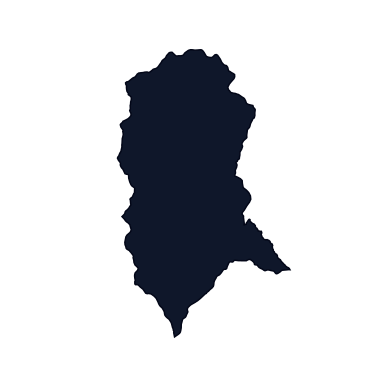 Sama, Ha, Bhutan, rotated 45°
{"feature_id": "84629894B76419626659945", "entity_name": "Sama", "entity_type": "district", "adm_level": 2, "iso_a3": "BTN", "parent_name": "Bhutan", "parent_adm1": "Ha", "projection": "natural_earth1", "projection_center": [89.274, 27.297], "detail": "fine", "context": "isolated", "style": "filled", "palette": "ink", "viewbox_px": 384, "rotation_deg": 45, "n_neighbors": 0, "source": "geoboundaries", "source_scale": "gbopen_adm2", "svg_char_len": 6022}
<svg xmlns="http://www.w3.org/2000/svg" viewBox="0 0 384 384"><g transform="rotate(45 192 192)"><path d="M67.8,161.7L68.7,162.5L70.6,163.2L71.6,164.3L73.1,165.6L74.9,166.8L77.7,167.4L78.1,168.2L80.5,167.8L81.6,167.9L82.5,168.3L83.9,169.8L84.9,171.6L86.4,173.3L87.1,174.5L89.7,176.9L90.3,178.4L91.7,179.1L92.8,179.3L94.4,180.6L94.7,180.9L95.1,183.0L95.0,185.4L94.2,188.1L93.2,190.9L93.6,191.6L93.5,194.5L93.8,195.2L96.0,196.4L99.6,197.0L100.3,198.2L101.3,198.8L102.7,199.9L103.8,201.5L104.9,203.5L108.2,207.1L109.1,208.3L110.6,209.7L112.1,212.1L113.0,213.4L113.5,215.5L114.1,217.0L114.6,217.9L114.9,219.9L115.4,220.8L117.7,221.6L120.3,221.9L121.3,222.4L122.1,223.5L122.9,224.0L125.0,224.7L126.9,224.7L131.7,226.4L133.2,225.7L134.1,224.9L135.2,224.9L137.5,227.0L140.9,228.9L143.8,230.0L145.6,230.2L147.5,229.8L148.8,229.8L149.8,231.0L151.0,232.3L151.8,232.9L151.9,234.0L153.4,237.8L153.1,239.1L153.2,240.9L154.2,241.4L156.6,243.4L157.9,244.3L158.3,246.4L158.8,248.3L158.8,250.7L158.6,252.3L158.8,253.3L159.8,254.9L159.9,256.3L159.9,258.9L163.2,259.0L165.4,259.4L167.3,259.3L168.7,259.0L171.2,259.1L172.9,260.1L175.7,261.6L176.4,263.0L176.8,264.4L176.5,268.4L177.0,270.5L180.1,275.1L181.0,275.8L181.9,276.6L183.6,277.3L185.4,278.4L186.6,278.4L189.1,277.7L190.3,277.9L191.5,277.9L194.9,278.4L195.9,278.7L196.8,280.1L198.9,281.3L200.9,282.9L203.5,283.9L204.4,283.8L207.5,283.8L208.2,284.4L208.9,285.8L209.0,289.3L209.8,290.8L210.7,291.9L212.3,293.2L214.5,294.7L214.8,295.6L216.1,297.0L216.9,297.5L217.5,297.5L218.6,296.4L219.8,295.7L222.3,295.8L226.1,295.4L228.8,295.9L230.8,296.3L232.2,295.6L233.1,294.4L235.2,293.0L239.0,292.4L241.9,292.5L245.5,293.7L247.6,294.6L249.4,295.1L250.6,295.2L253.0,295.1L255.6,295.8L257.1,296.3L259.0,297.7L260.1,298.3L261.6,298.5L263.3,298.5L265.8,298.2L269.1,298.9L270.4,299.4L274.1,301.6L275.5,302.1L276.4,302.9L277.8,303.4L278.5,304.4L282.1,306.8L282.9,302.6L283.1,300.7L282.8,299.3L281.7,297.5L280.4,295.7L278.3,293.5L277.8,292.9L277.1,291.6L275.6,289.1L275.3,288.2L275.4,287.6L275.8,285.7L275.8,284.9L275.6,284.1L274.9,282.6L274.0,280.0L273.6,279.5L272.2,278.8L271.7,278.3L271.0,277.2L270.8,276.3L270.8,274.9L270.8,273.7L271.0,272.2L272.2,267.8L272.5,266.2L272.8,265.1L273.2,260.8L273.4,254.5L273.8,253.6L273.5,252.5L273.8,250.4L273.7,248.4L274.0,245.8L273.8,243.7L273.1,242.4L271.5,240.5L270.9,239.4L270.2,237.6L270.1,237.0L269.8,235.8L269.4,235.0L269.3,234.3L269.2,233.4L269.7,232.1L270.0,231.0L269.9,229.4L269.8,228.3L269.2,225.2L269.2,224.5L269.4,224.0L270.4,222.8L270.6,222.1L270.6,221.6L269.6,219.8L268.2,216.1L268.0,215.2L268.1,214.8L268.4,214.3L270.0,213.0L270.3,212.6L270.2,210.5L270.4,210.2L271.1,209.5L273.5,207.6L279.0,202.2L279.4,200.6L279.6,200.2L279.8,199.7L280.7,198.6L283.0,198.1L285.2,198.0L286.1,198.2L287.4,199.0L288.0,198.9L289.1,198.0L290.0,197.6L292.0,197.9L292.9,197.9L294.4,197.5L296.5,196.7L298.1,196.5L299.2,196.1L299.6,195.5L300.1,194.3L300.6,193.6L301.6,192.7L302.9,192.0L305.4,190.3L305.9,190.1L306.4,190.1L308.7,190.4L309.4,190.2L309.9,189.6L310.3,188.5L310.8,186.1L310.8,184.8L311.0,183.8L311.2,183.4L311.8,182.7L313.6,180.6L315.3,178.5L316.2,177.7L314.8,177.3L313.7,177.4L312.4,177.9L310.7,178.1L310.2,178.2L309.5,177.9L307.4,178.1L306.8,177.9L305.7,178.1L304.9,177.9L303.4,177.8L302.4,177.4L301.0,177.8L300.5,177.7L299.5,177.9L298.2,177.4L297.3,176.6L295.8,176.2L295.1,176.6L293.7,176.7L292.4,176.1L291.7,176.2L291.0,176.0L290.2,175.3L289.0,175.0L287.3,173.8L286.9,172.8L286.1,172.4L285.4,172.1L284.5,172.6L282.8,172.3L282.2,171.8L280.3,171.9L279.6,172.4L278.7,172.6L278.3,173.3L278.1,173.7L277.2,174.0L276.6,174.6L275.6,174.6L274.4,174.2L273.5,174.3L271.0,173.1L270.7,172.8L270.3,171.6L269.1,170.9L268.7,170.8L268.2,171.5L267.4,171.9L266.3,172.7L265.4,172.3L263.5,171.8L262.6,172.1L261.3,171.7L260.5,171.0L258.4,170.8L257.3,171.4L255.3,171.6L254.1,171.5L253.4,171.4L252.5,170.5L251.8,170.8L251.7,171.2L251.7,171.7L251.9,172.5L252.0,173.5L252.3,174.1L252.4,175.5L253.2,176.5L252.4,177.4L252.4,178.0L252.0,178.4L251.3,177.4L246.4,173.6L245.5,172.6L243.1,172.3L242.1,170.9L241.7,167.7L240.5,162.9L239.8,158.5L238.7,155.6L236.0,153.4L232.5,152.3L229.2,152.2L225.2,152.7L224.0,152.0L221.4,150.2L219.5,148.5L219.1,148.4L216.9,148.4L213.5,149.4L211.0,150.4L210.5,150.0L210.1,149.6L209.9,149.1L209.8,148.7L209.5,148.1L209.1,147.6L207.3,146.1L206.8,145.0L205.9,142.7L205.3,142.0L205.0,141.4L204.6,141.0L203.9,140.6L202.2,140.2L202.1,139.6L202.3,138.7L202.3,138.2L201.6,136.8L201.8,136.2L202.0,135.6L201.7,134.7L201.2,134.2L199.7,132.0L198.1,130.4L197.7,129.8L197.4,128.8L196.9,126.8L195.8,124.5L195.4,123.9L193.4,122.9L193.0,122.3L192.7,121.5L192.2,119.5L192.2,118.1L192.4,115.4L192.2,114.7L192.0,114.4L191.3,113.9L190.4,113.0L187.3,109.0L187.0,107.7L187.0,106.5L186.9,105.8L186.6,104.9L185.3,102.7L184.7,101.4L184.0,99.0L183.3,97.2L183.3,96.8L183.4,96.0L183.6,95.6L182.3,93.4L180.5,91.7L178.8,89.5L178.3,89.0L177.6,88.8L175.5,88.7L173.9,87.8L170.7,89.8L169.7,90.3L168.4,90.7L167.6,90.7L165.3,89.6L163.7,89.1L162.8,88.9L161.5,89.1L160.3,89.4L155.9,90.2L154.5,91.0L152.9,91.7L151.5,92.8L149.6,93.9L148.8,94.2L147.0,93.9L145.5,93.9L143.5,92.8L143.0,92.1L142.5,90.5L142.1,89.5L141.8,86.6L141.5,82.2L141.1,81.1L140.6,80.2L139.0,78.8L136.9,79.2L135.8,79.6L133.6,80.0L132.4,80.4L131.7,80.2L129.1,78.6L127.4,78.3L126.9,78.3L125.5,79.2L124.3,79.5L121.4,79.3L118.1,78.1L113.3,77.2L111.9,77.7L111.2,78.9L111.2,81.0L111.1,82.3L110.7,83.1L109.4,84.3L108.2,85.1L106.5,85.9L105.7,85.8L101.9,84.8L100.5,84.6L99.2,84.5L97.8,85.0L95.0,88.3L93.7,89.7L91.8,91.1L90.3,92.5L89.3,94.4L88.7,97.9L88.6,99.1L89.0,100.8L89.0,101.5L88.0,103.4L86.0,105.4L85.3,106.4L84.6,107.0L83.6,107.2L79.1,107.3L78.0,108.5L77.4,109.6L77.6,113.5L78.0,114.6L78.4,115.8L78.4,116.7L78.0,119.8L78.2,121.0L78.7,122.1L78.7,122.8L79.0,124.6L79.5,127.3L79.4,129.7L77.8,132.6L77.7,134.7L77.2,137.9L75.4,138.9L73.9,140.6L72.9,142.2L71.8,143.5L70.2,145.6L69.9,147.5L70.1,148.2L70.3,149.7L70.4,150.9L69.5,153.4L69.0,158.4L68.6,159.5L68.0,160.2L67.8,161.7Z" fill="#0f172a" stroke="#020617" stroke-width="1.5"/></g></svg>